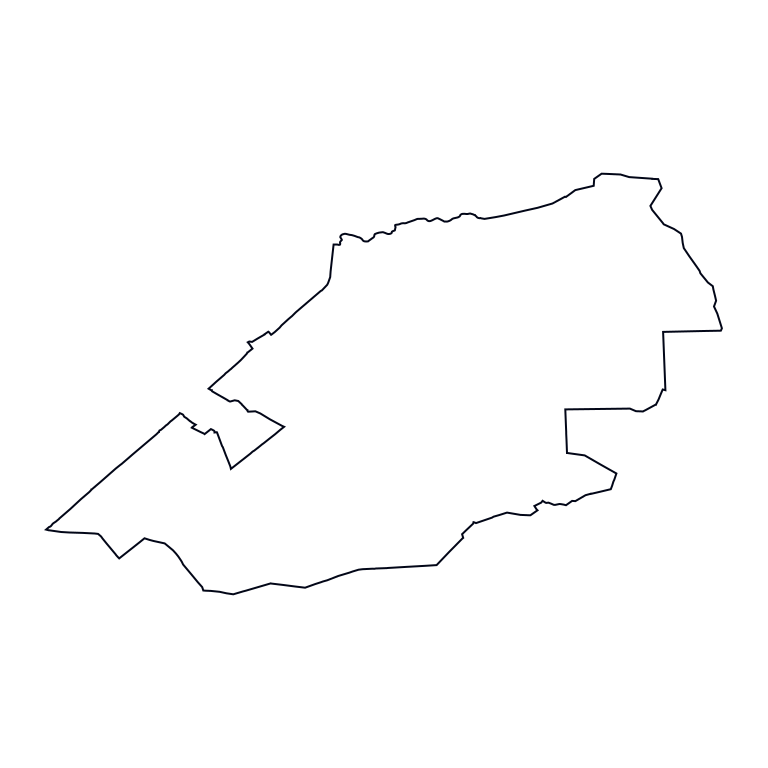 Malnavas pag., Karsavas, Latvia
{"feature_id": "27541924B93954265476468", "entity_name": "Malnavas pag.", "entity_type": "district", "adm_level": 2, "iso_a3": "LVA", "parent_name": "Latvia", "parent_adm1": "Karsavas", "projection": "equal_earth", "projection_center": [27.746, 56.802], "detail": "fine", "context": "isolated", "style": "outline", "palette": "ink", "viewbox_px": 768, "rotation_deg": 0, "n_neighbors": 0, "source": "geoboundaries", "source_scale": "gbopen_adm2", "svg_char_len": 6055}
<svg xmlns="http://www.w3.org/2000/svg" viewBox="0 0 768 768"><path d="M720.9,330.6L721.9,328.3L717.3,313.6L714.0,306.5L716.1,300.7L715.0,295.9L713.4,289.5L712.8,286.2L707.9,282.5L700.4,273.3L699.6,270.9L696.5,266.4L689.4,256.4L683.8,248.1L682.7,242.9L682.0,236.9L681.0,233.6L674.0,229.0L663.7,224.3L662.9,223.1L652.1,209.8L650.4,205.9L661.6,188.2L658.2,179.1L652.1,178.9L652.1,178.7L629.2,177.1L620.5,174.5L607.2,173.9L601.6,173.7L594.2,178.9L593.7,185.8L575.3,190.1L565.9,197.0L565.0,196.7L552.5,203.5L537.6,207.8L525.0,210.6L504.1,215.5L495.6,217.1L484.5,218.9L481.1,218.3L480.4,218.0L479.7,218.2L479.2,218.1L478.5,218.0L477.7,217.7L476.8,217.1L476.5,216.6L476.1,216.2L475.3,215.6L475.1,215.1L474.2,214.9L472.9,214.3L470.1,213.5L469.5,213.6L467.6,214.0L466.4,214.0L464.2,213.8L462.4,213.9L461.6,214.1L461.0,214.5L460.5,214.8L459.8,216.2L459.5,216.5L459.0,216.8L458.1,217.2L457.9,217.4L456.5,217.7L454.3,218.2L453.4,218.4L452.5,218.8L451.9,219.2L450.8,220.1L449.9,220.6L449.3,220.9L447.9,221.4L446.9,221.6L445.8,221.5L444.8,221.6L444.2,221.5L443.4,221.0L440.5,219.5L438.0,218.3L437.7,218.2L437.1,218.2L436.4,218.3L434.9,218.9L432.4,220.2L430.5,221.0L429.8,221.1L428.8,221.1L428.5,221.0L428.1,220.9L427.3,220.4L426.5,219.5L426.2,219.3L425.6,219.0L425.0,218.8L424.7,218.7L423.7,218.6L421.1,218.8L417.6,218.9L416.8,219.1L415.2,219.8L414.5,220.1L407.5,222.5L406.7,222.9L406.0,223.1L404.9,223.3L403.3,223.2L402.0,223.3L400.8,223.6L400.0,224.0L398.8,224.4L397.6,224.6L395.9,224.8L395.6,224.9L395.2,225.1L395.1,225.7L395.2,226.2L395.5,226.8L395.5,227.3L395.5,227.6L395.3,228.1L394.9,230.2L394.8,230.4L394.6,230.5L393.2,231.0L392.2,231.5L391.9,231.8L391.9,232.0L391.7,232.7L391.5,233.1L391.3,233.3L390.9,233.5L390.2,233.8L389.1,234.0L388.0,234.0L386.7,233.6L384.8,232.8L383.0,232.2L382.6,232.2L379.2,232.6L376.8,233.3L375.8,233.7L374.9,234.1L374.6,234.5L374.4,235.1L374.1,236.6L373.6,237.3L373.4,237.5L372.0,238.4L371.5,238.8L370.4,239.6L369.5,240.2L368.3,241.2L368.0,241.4L367.7,241.4L366.1,241.5L365.1,241.4L364.3,241.3L363.8,241.1L363.5,240.9L362.8,240.4L362.2,239.4L361.9,239.1L360.8,238.2L360.3,237.9L359.3,237.4L357.8,237.1L354.6,235.9L352.9,235.4L351.8,235.1L349.6,234.8L346.0,233.9L344.9,233.8L344.2,233.9L343.6,234.1L342.4,234.4L341.5,235.0L340.7,235.8L340.5,236.2L340.3,236.9L340.3,237.2L340.6,237.7L341.2,238.6L341.5,239.2L341.8,239.7L341.8,240.0L341.4,240.4L340.6,241.3L340.2,241.8L340.1,242.2L340.0,242.6L340.2,243.5L340.2,243.9L340.1,244.3L340.0,244.6L339.5,244.8L338.8,244.9L337.6,244.6L336.8,244.5L334.4,244.5L333.6,244.5L330.6,271.4L330.4,274.2L330.2,277.1L328.6,281.6L328.0,283.2L327.2,284.8L321.9,290.4L320.7,291.0L296.5,311.7L295.4,312.7L291.8,316.3L291.5,316.5L288.3,319.2L281.5,325.4L279.7,327.6L274.7,332.1L271.3,334.7L271.1,334.8L268.9,332.1L268.3,331.7L264.5,334.3L264.6,334.5L257.5,338.6L252.1,341.9L249.3,341.5L247.8,342.3L248.9,343.5L252.5,348.6L247.5,352.6L247.3,352.6L246.9,353.5L246.7,353.8L241.0,359.9L237.9,362.8L232.2,367.8L231.1,368.9L230.1,369.6L228.1,371.4L225.6,373.3L224.3,374.8L216.3,381.7L208.6,388.7L211.5,390.4L211.8,390.3L211.9,391.0L212.3,391.4L217.3,394.3L227.5,400.1L227.6,400.4L228.0,400.5L229.5,401.4L230.3,401.5L234.7,400.3L238.3,401.0L241.8,404.3L242.0,404.8L242.7,405.4L244.7,407.5L246.2,409.1L246.8,409.8L247.5,410.1L247.5,410.4L247.5,410.9L248.1,411.7L255.4,411.3L260.4,413.5L269.9,419.3L282.1,425.9L284.1,426.8L280.3,429.8L275.0,434.3L269.5,438.6L264.6,442.5L263.2,443.6L262.4,444.1L259.1,446.8L254.9,450.1L254.2,450.7L253.7,450.9L252.5,451.7L250.3,453.7L230.9,468.9L230.4,466.6L228.2,461.0L225.8,455.1L222.8,447.1L222.2,446.3L221.6,444.8L220.5,441.8L218.3,435.9L217.1,432.7L216.8,432.2L214.5,432.5L214.5,431.3L214.0,430.7L213.5,430.4L213.4,430.4L212.6,429.9L210.9,429.1L204.6,434.1L204.3,433.8L202.9,433.1L200.7,432.1L191.8,427.7L192.4,427.0L193.2,426.5L194.5,425.6L195.7,424.7L194.2,423.9L191.7,422.4L190.3,421.2L190.0,421.2L186.7,418.3L184.3,416.8L184.1,416.5L183.2,414.9L182.6,414.4L179.8,413.1L179.0,414.4L177.4,415.8L171.5,420.7L170.6,421.3L167.5,424.4L166.0,425.4L164.2,427.1L161.0,429.8L159.5,430.5L159.0,431.5L159.0,431.9L158.8,431.9L156.4,434.3L132.3,454.7L129.9,456.8L121.2,464.3L120.8,464.5L115.8,468.5L100.2,482.2L91.5,489.6L91.4,489.6L91.4,489.8L89.2,492.1L81.0,499.1L70.2,509.1L59.2,518.6L59.0,519.0L56.9,520.7L56.0,521.5L53.4,523.2L52.7,523.8L51.0,526.0L50.5,526.4L50.0,526.7L49.1,527.0L46.1,529.6L48.8,530.3L49.3,530.3L61.1,532.0L69.5,532.5L82.5,532.9L94.6,533.5L98.1,533.9L101.1,536.5L102.6,538.6L106.9,543.9L115.6,554.3L116.2,555.2L118.1,557.3L119.2,558.4L139.7,542.2L144.5,538.3L149.5,539.9L153.6,541.0L164.7,543.4L173.0,550.3L176.0,553.6L178.3,556.5L181.0,560.5L181.9,562.0L183.1,564.5L191.8,574.9L197.9,582.3L202.2,587.1L203.3,590.5L205.7,590.7L210.7,590.9L219.6,591.8L226.5,593.3L233.3,594.3L243.1,591.4L245.8,590.7L249.2,589.7L270.7,583.4L270.8,583.5L282.7,584.9L295.1,586.5L305.1,587.7L315.4,584.0L321.0,582.2L322.9,581.5L327.2,580.3L338.2,576.0L349.5,572.6L352.6,571.5L358.6,569.7L362.6,569.2L372.9,568.7L374.2,568.8L375.9,568.5L387.0,568.1L387.5,568.0L406.1,566.9L425.6,565.8L436.6,565.1L449.2,551.9L462.4,538.5L463.2,537.9L462.1,534.2L465.9,530.5L473.2,523.6L473.5,522.2L474.4,522.4L476.0,523.1L492.1,517.6L493.5,516.7L499.1,515.1L506.7,512.7L507.0,512.6L520.5,514.9L530.1,515.3L530.5,515.2L537.5,510.3L536.6,509.4L534.4,506.0L541.2,502.6L542.6,500.8L544.0,501.7L545.4,502.6L546.2,502.9L548.1,502.7L548.6,502.7L551.2,503.7L553.7,504.8L554.5,504.9L555.1,504.9L557.0,504.5L559.4,504.0L560.8,504.1L563.7,504.6L566.0,505.2L567.0,504.5L572.1,500.9L575.1,501.1L575.4,501.1L585.5,495.2L589.9,494.0L590.8,493.7L590.9,493.9L599.9,491.8L610.8,489.2L612.1,485.8L613.0,482.9L613.4,481.6L614.3,479.7L616.4,473.5L599.6,464.0L584.7,455.4L567.3,453.0L567.0,453.0L566.5,440.0L566.2,433.6L566.2,431.9L565.9,424.7L565.3,409.4L629.9,408.6L636.0,411.2L641.8,411.4L642.9,411.5L643.0,411.4L645.6,410.1L655.7,404.6L655.9,404.4L656.0,404.5L658.6,399.4L660.6,394.5L662.7,389.5L665.4,390.2L663.1,331.9L703.7,331.0L720.4,330.7L720.8,330.6L720.9,330.6Z" fill="none" stroke="#020617" stroke-width="2"/></svg>